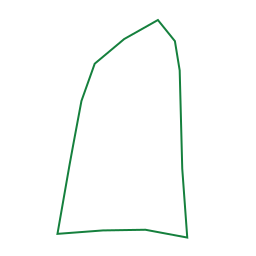 the Quarter of Dauphin, rotated 3°
{"feature_id": "LCA-5079", "entity_name": "Dauphin", "entity_type": "Quarter", "adm_level": 1, "iso_a3": "LCA", "parent_name": "Saint Lucia", "parent_adm1": "", "projection": "albers", "projection_center": [-60.912, 14.026], "detail": "fine", "context": "isolated", "style": "outline", "palette": "green", "viewbox_px": 256, "rotation_deg": 3, "n_neighbors": 0, "source": "natural_earth", "source_scale": "10m", "svg_char_len": 321}
<svg xmlns="http://www.w3.org/2000/svg" viewBox="0 0 256 256"><g transform="rotate(3 128 128)"><path d="M152.2,18.6L170.3,38.8L176.6,67.8L184.3,165.8L192.9,234.3L150.7,228.7L108.3,231.6L63.1,237.4L71.6,167.5L74.2,147.5L80.1,103.4L91.4,65.5L119.6,39.3L152.2,18.6Z" fill="none" stroke="#15803d" stroke-width="2"/></g></svg>